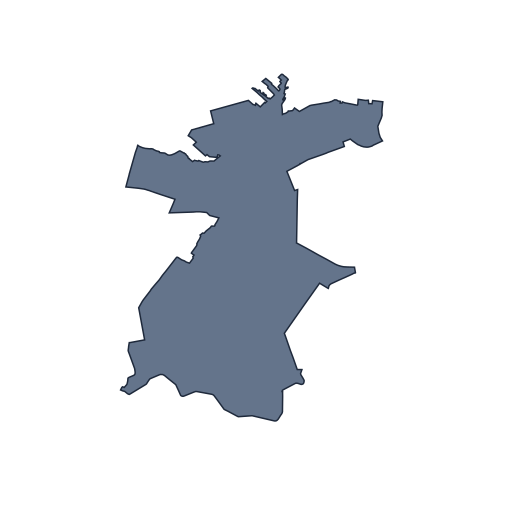 outline of Horia, Constanta, Romania, rotated 157°
{"feature_id": "2599482B9028808078144", "entity_name": "Horia", "entity_type": "district", "adm_level": 2, "iso_a3": "ROU", "parent_name": "Romania", "parent_adm1": "Constanta", "projection": "natural_earth1", "projection_center": [28.113, 44.634], "detail": "fine", "context": "isolated", "style": "filled", "palette": "slate", "viewbox_px": 512, "rotation_deg": 157, "n_neighbors": 0, "source": "geoboundaries", "source_scale": "gbopen_adm2", "svg_char_len": 6112}
<svg xmlns="http://www.w3.org/2000/svg" viewBox="0 0 512 512"><g transform="rotate(157 256 256)"><path d="M79.0,348.4L87.9,353.5L89.7,350.8L92.7,352.2L91.7,355.5L94.4,356.4L100.7,360.3L103.5,355.0L103.4,354.9L109.4,359.0L114.4,362.3L116.2,364.1L117.1,363.2L118.8,363.9L117.9,365.4L119.8,366.6L120.8,368.1L122.0,368.7L122.4,369.0L124.3,368.9L126.2,368.7L126.8,368.9L128.7,368.9L134.1,370.3L138.2,371.2L145.8,373.1L147.6,373.4L159.6,372.1L162.7,377.2L164.6,376.0L165.8,375.6L168.9,376.5L169.6,376.9L170.1,376.3L172.8,375.8L173.2,375.8L173.7,375.8L174.2,376.0L175.6,376.1L176.1,375.9L176.4,375.9L174.6,380.7L173.5,384.7L173.2,385.2L172.4,386.1L168.8,388.3L167.7,389.2L167.2,389.9L167.6,390.4L169.8,388.8L170.1,389.0L170.3,389.3L170.2,389.7L167.7,391.6L165.8,393.7L166.7,394.3L166.8,394.5L165.5,396.3L164.8,397.6L164.5,398.0L164.1,398.1L162.4,398.0L161.4,398.1L160.9,398.2L160.6,398.6L160.5,398.9L160.8,399.1L163.3,399.5L163.2,400.0L163.0,400.6L162.2,401.8L160.2,403.8L158.3,405.5L157.9,405.7L157.5,405.6L157.4,405.8L157.5,406.6L158.5,409.0L159.6,410.7L160.4,412.5L160.7,412.9L161.6,413.3L165.6,411.7L164.6,409.6L164.0,408.1L165.2,407.6L165.8,407.3L165.9,407.2L165.2,405.3L165.5,405.0L165.9,404.8L166.9,404.4L168.4,403.8L169.6,403.0L168.8,400.9L168.7,400.4L168.8,400.1L169.0,399.8L170.1,399.2L170.4,399.1L170.7,399.2L171.9,402.3L173.7,406.3L174.6,407.9L174.5,408.4L174.1,408.6L174.1,408.9L177.6,415.6L182.1,414.3L180.6,411.4L179.7,410.1L178.7,407.8L178.6,407.4L178.7,407.1L179.5,406.4L179.5,406.1L176.6,398.9L176.3,397.9L176.2,397.0L178.9,395.9L181.7,395.1L182.3,396.3L183.2,396.2L184.7,399.3L183.8,399.8L183.9,400.4L184.4,401.0L184.8,400.9L185.5,400.5L186.1,401.4L185.0,402.6L185.6,403.7L186.8,402.7L188.2,404.9L187.7,405.8L187.5,406.5L187.6,406.9L188.2,407.6L189.0,406.9L189.4,406.9L189.5,407.0L191.4,410.5L191.5,410.7L192.1,410.9L192.5,411.4L192.9,411.7L193.5,412.0L193.8,411.9L194.1,411.8L191.1,406.0L189.9,403.2L188.3,400.0L187.0,396.7L185.6,394.1L187.7,393.3L188.0,394.0L193.8,391.6L196.4,396.7L196.6,396.6L196.8,395.8L197.7,394.9L198.8,396.2L199.5,396.5L202.2,402.2L241.1,407.3L243.2,394.3L266.0,397.2L271.4,393.2L269.3,390.2L266.5,384.1L270.3,382.7L263.4,367.9L261.5,368.5L260.0,365.6L254.1,362.4L253.6,362.3L252.7,362.8L251.6,364.1L250.6,363.4L249.8,362.1L257.6,359.8L261.2,361.4L263.6,361.4L266.1,362.7L267.9,362.9L271.4,366.3L272.3,366.0L275.0,367.9L275.1,368.1L277.5,367.7L279.8,372.0L279.6,372.1L280.2,372.9L280.2,373.2L279.9,374.1L280.0,374.6L280.4,375.3L280.7,376.0L280.8,377.0L281.0,377.6L281.7,378.3L281.9,378.6L281.9,378.9L282.1,378.9L284.6,382.1L285.0,382.5L285.7,382.6L290.8,382.0L294.3,382.1L296.3,382.6L297.7,383.5L299.5,386.1L300.1,386.6L302.5,387.8L304.4,389.0L304.3,389.9L305.4,390.9L306.0,391.2L306.7,391.8L308.5,393.8L309.0,394.7L310.0,395.4L310.9,395.9L311.4,395.9L316.0,398.4L316.5,398.8L318.1,400.0L320.4,402.3L321.1,403.3L321.5,404.1L322.1,403.6L322.9,402.4L326.5,398.5L340.7,380.9L341.0,380.4L348.8,370.4L337.9,364.4L332.8,361.3L331.5,360.3L329.9,358.9L328.5,357.8L327.4,356.7L327.2,356.5L319.6,349.7L308.4,339.9L312.1,336.2L319.0,329.6L296.4,320.9L293.9,320.1L290.1,318.5L284.4,315.3L282.8,311.4L275.3,305.6L276.1,304.9L278.5,302.9L281.5,300.9L282.0,300.0L282.3,299.8L282.6,299.8L283.0,299.9L285.2,300.9L285.4,300.9L286.8,300.1L287.8,299.7L289.4,299.3L292.2,298.5L294.5,297.4L294.9,297.3L295.8,297.7L296.1,298.0L296.3,298.0L297.0,297.8L297.5,297.6L298.0,297.4L299.2,297.3L299.3,297.1L299.2,296.3L299.3,295.8L299.4,295.6L301.5,293.6L303.8,292.0L305.7,290.4L306.0,289.4L306.8,288.6L314.0,284.3L314.4,283.8L312.7,281.1L313.3,280.6L314.4,280.1L314.7,278.5L320.0,275.4L322.5,277.6L323.8,279.5L325.6,281.2L326.5,282.3L328.2,284.9L328.9,285.6L329.6,285.8L331.3,284.9L339.5,280.3L345.4,277.0L346.8,276.3L349.8,274.7L354.3,271.9L356.3,270.9L358.8,269.7L361.0,268.6L365.5,266.3L366.7,265.4L376.8,259.7L378.9,258.3L384.2,254.2L391.3,222.3L405.7,225.5L406.5,225.8L408.6,222.5L408.9,221.9L410.3,219.5L410.6,218.9L410.7,218.5L410.8,217.6L410.9,214.9L411.7,200.0L411.9,199.0L412.6,196.4L412.9,195.7L413.3,195.0L413.7,194.5L414.1,194.2L414.7,194.0L415.7,193.9L420.1,193.9L421.3,193.7L421.6,193.5L421.8,193.2L422.9,191.1L424.1,189.4L424.8,188.5L425.3,188.1L428.7,186.5L429.8,187.7L430.8,187.5L433.0,185.6L431.5,184.0L430.3,183.1L429.7,182.6L429.4,182.0L428.1,179.5L427.5,178.8L427.1,178.4L426.7,178.1L425.5,178.2L423.5,178.5L407.7,180.8L406.9,181.0L406.3,181.4L404.3,182.8L402.7,183.8L401.8,184.3L401.1,184.4L391.1,184.4L390.4,184.3L389.7,184.0L388.3,183.4L387.0,181.9L384.4,176.9L380.1,168.9L379.9,162.5L379.8,157.2L379.7,156.9L379.0,156.0L378.1,155.4L377.7,155.3L377.0,155.2L366.5,155.0L364.9,154.9L364.4,154.8L363.5,154.4L362.9,154.0L350.6,145.9L350.1,145.4L349.6,144.8L349.2,144.0L347.8,138.3L345.3,127.4L344.7,126.6L342.6,124.2L335.6,115.5L334.9,114.9L333.7,114.5L322.0,110.5L304.2,97.5L303.0,96.7L302.2,96.5L301.6,96.4L300.9,96.5L300.1,96.8L299.2,97.2L295.8,99.6L294.0,100.7L293.2,101.4L292.5,102.3L286.4,116.2L284.8,120.1L284.5,120.6L285.0,121.0L284.6,121.5L284.2,122.0L282.6,122.3L269.4,123.4L268.4,123.1L267.2,122.4L264.8,120.3L263.9,119.9L262.7,119.9L262.3,120.0L261.8,120.4L261.1,121.2L260.5,122.2L260.3,122.8L260.5,125.1L261.1,129.2L261.0,129.9L260.9,130.4L258.1,133.5L262.4,135.4L261.6,148.0L261.3,155.4L260.3,170.0L260.1,173.8L230.5,192.3L208.1,206.1L202.3,198.1L202.1,197.9L200.5,200.0L199.9,200.4L199.0,200.8L197.8,201.1L189.1,201.4L174.6,201.7L172.8,201.9L171.9,201.8L171.4,201.6L171.0,201.7L169.8,206.9L169.7,207.2L175.6,209.9L179.3,211.7L181.3,213.0L182.3,213.8L183.8,215.0L185.0,216.2L186.2,217.5L192.6,225.7L198.0,232.4L206.9,243.9L213.6,252.2L213.5,252.3L195.8,292.1L191.7,300.9L194.9,301.2L194.5,321.9L179.7,323.3L179.6,323.8L179.3,323.9L178.9,323.7L178.6,323.5L170.4,324.4L155.1,323.4L150.6,323.2L149.9,323.3L131.9,322.3L131.3,327.0L123.5,326.8L122.2,324.3L118.8,318.8L116.7,316.7L116.4,316.2L115.4,315.4L114.2,314.4L111.7,313.0L110.5,312.5L109.0,312.2L107.5,312.0L106.1,311.9L104.2,312.3L103.9,312.3L103.8,312.2L94.6,312.5L95.3,316.7L94.9,320.9L93.2,327.8L86.7,334.1L85.0,336.2L83.9,339.2L82.2,342.7L79.0,348.4Z" fill="#64748b" stroke="#1e293b" stroke-width="1.5"/></g></svg>